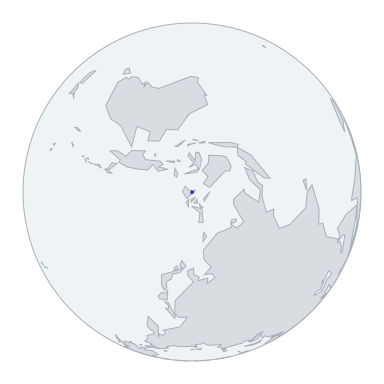 globe centered on Zamboanga del Sur, rotated 173°
{"feature_id": "PHL-2522", "entity_name": "Zamboanga del Sur", "entity_type": "Province", "adm_level": 1, "iso_a3": "PHL", "parent_name": "Philippines", "parent_adm1": "", "projection": "orthographic", "projection_center": [123.35, 7.8], "detail": "fine", "context": "on_globe", "style": "filled", "palette": "violet", "viewbox_px": 384, "rotation_deg": 173, "n_neighbors": 0, "source": "natural_earth", "source_scale": "10m", "svg_char_len": 8601}
<svg xmlns="http://www.w3.org/2000/svg" viewBox="0 0 384 384"><g transform="rotate(173 192 192)"><circle cx="192" cy="192" r="169" fill="#eef3f6" stroke="#a8b0b8"/><path d="M327.6,250.4L327.5,251.6L327.3,251.8L327.6,250.4ZM279.3,47.3L279.1,47.2L274.2,45.8L278.3,49.3L273.0,46.0L284.5,55.9L285.5,60.0L280.9,53.1L277.8,50.8L276.7,52.2L273.3,50.2L270.8,49.9L266.8,47.6L264.4,44.3L261.8,42.9L261.2,44.1L256.8,42.9L258.1,41.3L250.5,39.3L245.2,34.7L251.9,34.4L245.5,31.8L245.2,31.6L256.9,36.0L268.3,41.3L279.3,47.3ZM349.9,141.1L348.5,137.5L349.6,139.2L349.9,141.1ZM347.3,135.7L347.9,136.8L347.4,136.0L347.3,135.7ZM346.8,135.3L347.2,135.6L346.9,135.7L346.8,135.3ZM346.3,135.4L346.5,135.2L346.5,135.4L346.3,135.4ZM344.9,134.3L344.5,134.0L344.6,133.4L344.9,134.3ZM282.0,52.6L282.1,51.9L283.2,53.3L282.0,52.6ZM271.2,50.3L272.2,51.3L270.5,50.8L271.2,50.3ZM262.7,46.9L259.6,46.1L262.4,46.3L262.7,46.9ZM257.5,45.3L250.0,43.9L251.7,45.6L242.7,40.3L252.1,43.0L255.2,42.8L255.2,43.9L257.5,45.3ZM238.9,37.8L236.7,37.2L238.5,37.3L238.9,37.8ZM242.6,30.8L241.2,30.4L235.8,28.9L234.5,28.6L233.6,28.2L242.6,30.8ZM228.8,27.1L229.7,27.3L225.8,26.5L225.7,26.4L228.8,27.1ZM223.2,26.0L229.3,27.3L229.1,27.3L223.2,26.0ZM220.1,25.4L222.3,25.8L222.1,25.8L220.1,25.4ZM217.4,25.0L217.5,25.0L216.5,24.8L215.6,24.7L215.8,24.7L217.4,25.0ZM219.5,25.3L220.1,25.4L218.7,25.2L219.5,25.3ZM210.7,24.1L207.0,23.7L210.7,24.1ZM47.6,104.3L47.4,104.6L47.1,106.0L56.6,93.0L57.1,90.2L58.1,89.0L62.9,83.0L66.5,80.0L66.8,83.5L69.0,81.0L73.2,74.1L77.9,70.6L75.3,71.5L72.9,74.2L71.2,75.1L73.2,72.7L74.8,71.4L76.0,69.7L68.2,77.1L65.0,80.7L75.9,69.3L87.8,59.0L100.6,49.9L102.9,48.4L101.2,49.6L106.8,46.2L107.8,46.1L111.2,43.7L117.4,40.5L121.6,38.8L124.2,37.5L117.5,40.3L131.3,34.3L135.5,32.9L137.7,32.9L127.8,38.6L123.5,39.9L125.0,38.3L117.7,42.4L121.1,40.8L119.7,42.0L125.3,39.9L124.6,40.7L131.2,37.6L131.0,38.4L126.8,40.3L134.9,38.8L136.1,40.3L138.3,39.6L140.2,38.5L140.5,41.6L142.1,41.0L142.6,39.7L146.1,37.8L152.4,35.9L152.2,37.0L149.8,37.9L144.6,41.8L138.5,44.4L139.0,44.7L144.3,42.8L150.7,38.0L154.5,36.5L152.1,38.6L153.3,37.7L155.1,37.4L156.7,38.4L159.7,36.1L180.3,33.1L185.4,35.2L180.9,37.0L195.0,37.9L199.7,41.4L200.2,40.0L207.3,40.2L205.9,39.1L206.7,38.5L224.3,40.0L228.2,41.7L236.3,41.8L236.6,41.3L234.1,39.9L242.7,40.3L251.7,45.6L250.7,46.5L257.0,49.8L253.8,51.6L254.0,55.1L246.7,56.0L247.6,59.1L250.0,60.1L252.9,65.4L250.6,73.9L241.8,62.6L243.2,51.4L241.7,55.3L238.9,53.3L236.4,54.1L235.7,57.3L237.5,58.3L220.1,59.6L211.9,68.3L220.2,69.1L224.0,73.0L222.0,86.3L201.5,102.5L206.4,110.0L205.8,114.5L199.6,116.3L200.3,109.8L195.2,106.7L196.5,103.1L186.7,104.7L188.2,99.6L179.9,103.9L181.6,108.4L189.7,108.4L181.9,115.0L188.4,123.6L187.7,133.0L171.8,148.1L157.8,151.8L156.6,154.8L151.8,150.7L144.3,156.0L152.2,174.8L151.5,179.9L139.8,188.5L139.8,184.6L127.1,173.7L123.8,185.8L133.4,197.3L136.7,209.9L128.9,205.2L125.7,194.1L121.2,189.9L123.1,179.2L120.7,162.9L112.9,165.0L114.1,158.7L109.6,145.2L98.8,147.8L81.1,162.3L77.6,178.3L72.0,184.6L67.9,160.1L70.2,144.6L66.1,145.3L64.1,131.4L53.0,127.7L53.7,123.7L51.2,124.8L50.1,120.1L52.1,113.6L50.4,113.4L45.6,130.5L47.7,131.0L52.7,125.6L50.7,131.6L52.1,137.9L42.3,150.6L29.7,159.3L32.4,147.2L42.9,113.7L44.8,110.5L45.0,110.1L45.4,109.4L42.3,114.5L45.5,108.4L35.6,130.6L32.3,140.1L29.5,160.0L28.8,161.6L29.0,166.1L34.6,164.0L33.8,167.9L28.8,185.4L24.5,208.0L27.3,226.1L30.8,241.0L32.4,247.3L28.7,235.5L26.0,223.4L24.1,211.2L23.2,198.8L23.1,186.5L24.0,174.1L25.8,161.9L28.4,149.8L31.9,137.9L36.3,126.3L41.6,115.1L47.6,104.3ZM63.2,94.9L66.0,97.2L71.6,88.3L73.2,88.6L74.5,85.6L72.0,87.6L76.3,79.9L80.0,78.5L83.2,75.2L82.4,74.3L75.0,78.2L68.7,89.0L65.1,91.9L63.2,94.9ZM174.3,24.0L173.8,24.0L173.7,24.0L174.3,24.0ZM187.4,23.1L188.3,23.1L185.1,23.3L179.5,23.6L182.4,23.3L174.1,24.1L174.8,23.9L187.4,23.1ZM204.7,23.5L205.6,23.6L197.5,23.2L194.0,23.1L195.5,23.1L204.7,23.5ZM155.0,27.6L157.2,27.0L158.0,26.9L164.0,25.7L164.0,26.0L160.3,26.8L155.0,27.6ZM54.8,94.8L52.9,96.9L53.8,95.4L54.3,94.9L54.8,94.8ZM155.9,27.7L158.4,27.1L156.9,27.6L155.9,27.7ZM164.3,26.2L163.0,26.7L164.7,25.9L164.3,26.2ZM101.2,326.4L104.7,328.6L103.1,328.4L101.2,326.4ZM36.2,242.5L43.2,267.5L41.5,266.6L37.7,258.5L32.8,243.0L33.6,239.7L33.0,233.0L36.2,242.5ZM179.3,242.3L184.5,243.5L184.4,244.3L179.3,242.3ZM173.8,239.2L179.7,239.9L172.8,240.8L173.8,239.2ZM182.0,240.3L188.1,239.3L190.7,238.3L190.3,239.8L182.0,240.3ZM169.8,238.9L148.5,236.6L140.2,233.6L142.0,231.0L155.4,233.1L169.8,238.9ZM141.4,230.8L128.9,221.4L112.9,196.2L118.6,197.2L135.6,213.3L134.5,215.6L142.0,222.8L141.4,230.8ZM172.0,219.1L170.9,226.4L159.0,224.6L153.7,222.9L150.0,213.0L152.0,208.4L156.4,209.0L173.8,194.4L179.8,199.0L174.3,205.3L179.2,212.2L172.0,219.1ZM78.0,179.9L80.3,190.1L77.4,191.3L78.0,179.9ZM181.4,183.8L174.0,190.2L180.9,181.4L181.4,183.8ZM185.8,175.4L186.0,179.0L183.3,175.3L185.8,175.4ZM156.0,159.6L151.4,159.9L151.5,157.4L157.5,155.6L156.0,159.6ZM187.1,141.2L186.1,148.3L184.9,150.6L183.2,146.1L187.1,141.2ZM159.0,32.5L150.6,33.5L144.6,35.1L141.1,37.1L142.4,35.0L151.7,32.5L159.0,32.5ZM177.7,32.7L180.7,31.4L181.8,32.1L181.3,32.5L177.7,32.7ZM177.8,31.8L176.9,30.2L180.2,29.6L180.2,31.0L177.8,31.8ZM166.1,28.0L163.6,28.1L164.9,27.6L166.1,28.0ZM287.9,313.1L289.8,314.3L285.0,318.7L278.4,323.1L272.2,324.4L287.9,313.1ZM239.3,322.7L238.7,317.4L245.9,317.3L243.2,321.8L239.3,322.7ZM292.5,309.8L296.8,305.0L298.2,298.9L298.0,304.5L301.7,304.7L291.3,313.9L292.5,309.8ZM212.0,298.8L179.2,306.9L171.8,304.8L173.2,300.4L165.6,286.0L168.0,286.5L165.9,276.9L185.1,270.0L198.7,255.4L209.8,257.3L218.0,246.5L229.6,248.2L226.3,257.0L238.7,263.8L246.5,244.3L254.5,266.3L263.8,274.6L267.0,288.3L252.2,310.0L243.2,313.8L241.3,311.6L237.6,313.7L231.6,312.4L227.8,304.8L224.2,306.8L227.4,301.6L222.3,306.1L219.0,301.2L212.0,298.8ZM295.4,265.9L297.2,266.6L300.2,270.5L297.3,269.6L295.4,265.9ZM323.0,254.8L323.8,256.6L321.9,257.0L323.0,254.8ZM327.3,251.8L325.0,252.5L327.6,250.4L327.3,251.8ZM304.6,253.7L305.6,255.1L304.8,255.6L304.6,253.7ZM303.9,253.2L304.9,251.1L304.8,253.3L303.9,253.2ZM295.0,241.1L296.0,240.0L296.5,240.9L295.0,241.1ZM192.3,244.3L199.6,239.2L203.6,239.1L192.3,244.3ZM293.3,238.6L290.6,238.3L290.9,237.1L293.3,238.6ZM293.5,235.9L293.1,234.3L294.9,238.2L293.5,235.9ZM288.1,232.0L291.5,235.1L287.8,232.3L288.1,232.0ZM286.2,232.2L283.7,230.8L283.9,230.3L286.2,232.2ZM259.2,232.5L268.3,242.8L261.1,242.0L253.1,235.4L247.0,240.5L233.2,238.5L236.3,235.3L234.3,229.8L220.2,226.6L217.3,222.9L222.3,221.0L213.1,217.5L223.2,216.8L227.4,224.2L233.1,219.2L243.2,221.4L253.1,224.6L261.1,230.5L259.2,232.5ZM223.4,232.3L225.1,232.5L223.6,234.5L223.4,232.3ZM279.1,226.5L282.6,230.2L282.2,231.1L280.5,230.4L279.1,226.5ZM263.0,229.4L271.6,224.3L273.7,224.6L268.0,230.7L263.0,229.4ZM269.4,220.4L273.5,221.5L275.7,225.0L274.9,225.8L269.4,220.4ZM202.7,224.0L202.4,225.9L199.8,224.1L202.7,224.0ZM206.1,223.1L214.0,225.9L205.4,224.7L206.1,223.1ZM182.7,214.2L184.9,219.0L192.0,216.7L186.6,220.5L191.5,228.5L189.9,231.3L185.0,222.6L183.4,230.9L180.3,230.5L178.5,223.0L181.6,214.4L184.7,211.1L197.6,210.8L182.7,214.2ZM206.0,217.5L203.9,211.9L205.5,208.5L207.7,211.5L206.0,217.5ZM198.0,198.5L192.8,191.9L187.8,193.8L198.0,186.2L201.3,193.8L198.0,198.5ZM193.8,184.7L189.2,186.4L194.1,181.9L193.8,184.7ZM188.1,184.2L187.8,179.9L191.3,180.9L188.1,184.2ZM196.2,185.1L197.4,178.0L199.0,182.4L196.2,185.1ZM186.7,170.4L194.1,178.0L184.2,174.1L184.6,160.6L188.9,160.7L186.7,170.4ZM215.9,120.6L215.3,117.0L219.4,116.6L218.6,119.2L215.9,120.6ZM232.2,113.6L220.3,115.4L210.6,117.5L213.3,119.4L210.5,125.2L206.9,119.2L214.2,113.4L221.4,113.0L223.1,108.3L228.8,105.8L228.5,99.8L231.2,97.7L233.6,103.1L232.2,113.6ZM228.1,97.4L229.8,87.7L237.2,90.1L238.5,92.7L234.6,96.0L230.9,94.5L228.1,97.4ZM232.3,86.2L228.8,84.8L223.8,70.8L224.5,68.6L232.3,79.7L229.4,79.1L229.3,82.4L232.3,86.2ZM237.0,37.9L236.7,37.2L238.3,38.0L237.0,37.9ZM205.7,37.9L207.1,37.2L208.9,38.0L205.7,37.9ZM211.7,36.0L208.7,35.6L212.0,35.5L211.7,36.0ZM202.0,35.0L207.6,35.2L202.1,35.8L202.0,35.0Z" fill="#d9dde1" stroke="#a8b0b8" stroke-width="1"/><path d="M193.0,191.4L192.9,191.5L193.0,191.5L192.9,191.8L192.7,191.9L192.4,191.9L192.3,192.0L192.4,192.3L192.3,192.5L192.2,192.5L192.1,192.8L192.2,193.0L192.3,193.0L192.3,193.3L192.2,193.3L192.1,193.2L191.9,193.0L191.8,192.9L191.7,192.8L191.4,192.8L191.3,192.7L191.5,192.6L191.4,192.4L191.4,192.2L191.3,192.3L191.2,192.0L191.1,191.9L190.9,191.9L190.7,191.8L190.7,191.7L190.8,191.7L191.0,191.6L191.2,191.4L191.3,191.4L191.5,191.4L191.5,190.8L191.5,190.7L192.6,190.7L192.6,191.0L192.6,191.3L192.8,191.3L193.0,191.4Z" fill="#8b5cf6" stroke="#5b21b6" stroke-width="1.5"/></g></svg>